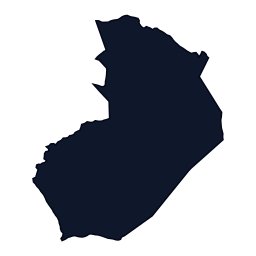 the district of Carira, Sergipe, Brazil
{"feature_id": "56859067B91089442676951", "entity_name": "Carira", "entity_type": "district", "adm_level": 2, "iso_a3": "BRA", "parent_name": "Brazil", "parent_adm1": "Sergipe", "projection": "albers", "projection_center": [-37.744, -10.353], "detail": "fine", "context": "isolated", "style": "filled", "palette": "ink", "viewbox_px": 256, "rotation_deg": 0, "n_neighbors": 0, "source": "geoboundaries", "source_scale": "gbopen_adm2", "svg_char_len": 2265}
<svg xmlns="http://www.w3.org/2000/svg" viewBox="0 0 256 256"><path d="M208.5,57.8L206.9,56.5L206.0,54.2L204.0,52.2L202.0,51.6L200.8,54.5L198.8,57.0L197.8,54.7L196.0,52.6L193.5,52.9L191.2,53.5L189.4,52.5L187.2,51.3L185.1,49.8L183.0,48.3L180.9,47.1L179.1,45.9L177.0,43.8L174.7,41.9L173.1,40.0L171.4,37.6L169.7,35.9L166.6,34.8L164.3,33.0L161.9,31.5L159.3,30.3L157.0,28.3L154.7,28.3L152.5,29.7L150.4,28.2L148.3,27.4L146.3,26.6L143.9,28.4L141.9,27.1L140.5,25.6L139.0,23.3L139.1,20.4L138.0,18.5L134.9,17.6L132.7,17.2L130.7,16.9L128.8,16.1L127.0,15.4L124.4,15.9L122.2,16.8L120.0,18.4L117.7,19.7L113.9,20.1L110.7,21.0L108.4,22.2L105.6,22.3L102.3,22.4L100.4,21.7L98.7,20.8L95.9,20.8L106.3,50.3L103.8,51.6L101.8,53.3L99.5,55.0L97.1,57.2L95.7,58.9L99.2,60.1L102.1,63.1L104.4,65.7L106.4,67.7L106.9,69.9L106.7,72.3L106.6,74.5L106.2,78.0L105.5,81.3L105.3,85.1L103.2,86.9L100.6,86.4L98.0,85.4L96.0,84.9L93.4,84.3L100.2,91.9L109.1,101.4L109.6,118.5L106.9,119.5L103.9,120.3L101.8,121.2L98.3,121.3L95.3,120.7L92.9,122.3L89.9,122.4L87.2,121.8L84.8,123.5L81.7,124.5L81.0,127.4L79.8,130.4L77.5,131.3L75.2,132.5L73.8,134.5L72.1,135.3L69.8,135.7L67.8,137.6L65.3,138.1L63.3,138.1L61.3,140.4L57.8,142.1L56.0,144.7L53.6,143.7L50.8,143.9L49.0,145.8L46.3,146.7L48.6,148.8L48.8,151.0L45.8,151.7L44.6,153.5L44.5,155.6L44.1,158.8L46.6,160.6L44.8,162.6L42.4,163.1L40.7,164.4L38.5,164.3L36.7,165.0L36.2,167.4L38.1,169.5L37.4,171.9L36.6,174.4L35.9,177.2L33.0,178.6L33.5,182.0L35.4,183.9L36.9,186.3L39.2,188.6L41.0,191.5L43.3,194.2L44.5,196.3L45.6,198.6L46.6,201.2L47.8,203.0L49.0,204.9L50.8,207.4L52.6,209.9L53.3,211.7L54.6,213.5L55.6,215.2L57.3,217.2L58.9,220.5L59.4,223.5L60.5,226.6L60.5,228.6L61.3,231.0L63.3,233.4L62.6,236.4L61.0,238.6L62.1,240.6L65.2,239.2L67.9,237.4L70.6,236.6L73.3,235.7L75.7,235.8L78.0,236.5L79.9,236.8L82.2,237.0L84.7,236.5L87.0,235.5L88.8,234.2L90.9,233.8L92.9,234.2L95.5,234.7L98.1,234.9L102.0,236.0L104.8,237.0L107.8,238.1L110.5,238.5L113.2,238.9L116.0,239.8L118.4,240.0L120.5,239.3L121.5,237.0L124.4,235.7L152.2,215.8L188.4,171.0L190.9,168.3L223.0,139.7L222.6,137.1L222.8,133.7L222.2,131.2L221.5,128.8L221.2,126.7L221.0,124.2L220.7,120.1L221.3,116.6L221.6,112.3L219.3,108.9L214.2,100.6L199.2,76.6L208.5,57.8Z" fill="#0f172a" stroke="#020617" stroke-width="1.5"/></svg>